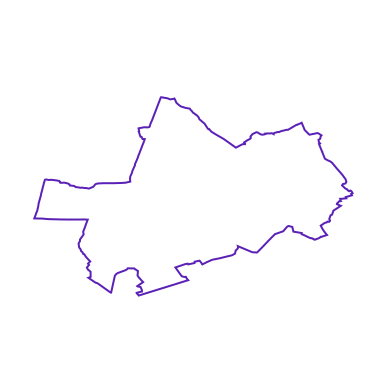 outline of Medzes pag., Grobinas, Latvia, rotated 354°
{"feature_id": "27541924B37027523872355", "entity_name": "Medzes pag.", "entity_type": "district", "adm_level": 2, "iso_a3": "LVA", "parent_name": "Latvia", "parent_adm1": "Grobinas", "projection": "equal_earth", "projection_center": [21.153, 56.615], "detail": "fine", "context": "isolated", "style": "outline", "palette": "violet", "viewbox_px": 384, "rotation_deg": 354, "n_neighbors": 0, "source": "geoboundaries", "source_scale": "gbopen_adm2", "svg_char_len": 5768}
<svg xmlns="http://www.w3.org/2000/svg" viewBox="0 0 384 384"><g transform="rotate(354 192 192)"><path d="M325.5,165.2L323.3,157.5L324.4,157.1L323.3,155.5L323.4,154.8L323.3,153.2L324.0,153.0L324.5,152.7L325.0,152.5L325.1,152.3L325.3,152.0L325.3,151.4L325.9,150.0L326.7,149.2L326.0,148.7L324.4,147.3L323.0,146.5L314.9,147.3L314.1,146.6L310.4,141.9L310.4,141.5L308.3,134.6L305.4,135.6L303.9,135.9L303.7,136.2L302.5,136.3L294.0,140.2L293.6,140.2L292.9,140.0L287.0,140.8L284.7,141.5L284.2,141.4L283.8,141.3L283.6,141.3L280.5,141.8L279.9,142.0L279.6,142.1L279.3,142.4L279.2,143.0L277.6,141.9L275.3,141.9L273.0,141.6L271.8,141.6L272.0,141.8L271.5,142.0L271.0,142.1L269.5,142.3L268.1,142.4L266.4,141.9L265.8,141.5L263.7,139.8L262.6,139.4L262.3,139.3L258.5,140.6L257.9,141.0L257.4,141.6L256.4,142.4L256.0,143.0L255.9,143.2L256.1,143.9L256.1,144.5L255.0,145.4L253.0,146.1L252.9,146.2L252.7,146.3L251.8,146.7L251.6,146.7L251.4,146.8L251.2,147.0L250.8,147.2L250.6,147.5L250.2,147.6L249.0,148.1L249.2,149.4L250.5,150.1L247.7,149.7L246.3,150.1L240.3,152.5L229.2,142.7L228.3,142.0L222.2,137.6L217.6,134.1L215.6,131.2L214.9,131.3L214.0,130.0L211.7,125.4L207.6,121.1L206.9,120.3L206.7,119.8L206.7,119.3L206.4,118.5L205.9,117.7L205.1,116.6L203.8,115.3L203.5,115.3L202.8,114.4L202.3,114.0L201.3,113.2L201.1,113.0L200.7,112.1L200.5,111.8L200.0,111.1L199.4,110.5L199.1,110.0L198.7,109.1L198.6,108.9L195.1,107.9L194.5,107.7L190.2,105.9L189.2,105.2L187.3,103.3L186.0,101.9L185.5,100.8L185.5,100.5L184.3,97.2L183.3,97.4L182.2,97.5L180.0,97.6L177.9,96.5L177.2,96.2L171.6,94.6L170.9,94.6L160.0,116.0L157.7,120.1L156.8,122.3L156.4,122.9L154.6,123.1L151.1,122.6L145.5,123.1L145.8,126.2L145.7,126.5L145.4,126.5L146.5,131.6L147.6,131.9L148.3,134.1L150.3,134.4L150.6,134.5L149.6,136.4L148.9,138.0L147.2,141.1L145.3,144.9L144.4,146.6L143.3,148.9L142.7,149.8L141.6,152.3L140.2,154.9L139.3,156.4L138.2,158.4L138.1,159.3L137.4,160.6L135.1,164.5L134.0,167.2L132.6,169.5L132.3,170.0L132.0,171.1L131.8,172.2L131.8,172.9L131.6,173.5L131.7,175.2L127.0,175.8L126.4,175.8L122.1,175.6L113.2,174.9L104.8,174.0L101.6,173.8L98.9,173.7L97.0,174.1L96.6,174.3L94.4,176.5L90.7,177.6L89.8,177.8L88.7,177.5L88.0,177.2L87.5,177.1L85.0,176.7L84.3,176.5L83.4,176.2L82.9,176.1L81.6,176.2L81.3,176.1L79.8,175.6L77.2,175.0L76.9,175.0L75.8,174.0L75.6,173.7L73.4,173.2L71.1,172.7L71.1,172.1L71.0,171.8L71.0,171.7L69.9,170.9L69.3,170.5L68.5,170.2L67.9,170.0L66.7,169.6L66.1,169.4L65.3,169.3L63.0,169.2L62.6,169.1L62.3,169.1L62.1,168.9L62.0,168.5L61.6,168.5L61.5,167.6L61.3,167.3L61.2,167.1L60.4,167.0L59.1,166.5L53.6,165.2L52.9,165.1L52.0,165.2L50.6,165.0L48.4,164.3L47.6,164.2L47.4,164.1L47.4,163.8L46.6,165.4L46.4,166.1L45.6,167.7L45.3,168.7L44.8,170.0L44.7,170.4L44.4,170.9L43.7,172.9L43.3,174.2L42.4,176.4L41.9,177.7L41.5,179.2L41.3,179.6L41.1,180.3L40.5,181.7L38.5,186.8L38.3,187.4L37.5,190.4L37.1,191.7L36.9,192.0L36.8,192.6L36.5,193.0L36.3,194.1L36.1,194.5L35.7,195.3L35.1,196.2L34.7,197.2L34.4,197.8L32.4,201.8L40.4,202.8L45.9,203.9L59.5,205.7L74.8,207.4L81.6,208.0L85.4,208.6L82.9,213.5L81.9,215.8L80.6,218.2L79.6,220.2L79.8,222.8L79.0,223.8L75.6,227.6L75.5,229.0L73.8,231.4L74.0,235.5L75.3,237.4L75.4,239.0L76.8,240.5L77.4,242.3L78.4,242.7L79.6,245.2L81.4,247.7L83.5,250.4L81.1,252.4L82.0,253.8L79.5,256.2L80.4,258.2L82.8,260.7L82.3,265.9L80.0,266.5L86.6,272.1L88.4,272.8L92.3,276.2L100.4,283.4L101.0,283.6L101.2,283.2L103.4,276.6L105.9,269.1L106.5,267.4L106.7,267.0L107.1,266.6L107.6,266.1L108.6,265.4L109.4,265.0L109.9,264.8L111.8,264.3L117.8,262.8L118.9,262.3L119.3,262.0L120.0,261.4L120.1,261.2L125.1,261.8L125.4,261.9L125.9,261.9L126.3,261.9L126.6,262.0L127.0,262.5L130.0,265.0L129.1,269.3L130.4,271.8L131.3,272.9L132.5,274.6L134.0,276.5L127.7,279.9L128.0,280.2L130.9,281.1L131.9,284.2L131.9,285.7L126.4,286.5L126.5,287.0L128.1,289.0L128.2,289.4L128.3,289.4L150.3,285.0L165.1,282.1L170.4,281.0L179.0,279.3L177.9,277.8L177.4,276.8L177.0,275.7L175.9,275.8L173.1,274.8L173.0,274.7L170.9,271.1L169.6,268.8L167.6,265.3L177.8,263.0L180.2,262.8L180.6,263.6L187.1,262.9L187.4,261.6L192.3,261.1L192.6,261.4L194.2,264.0L194.4,264.7L194.7,265.1L199.7,263.2L199.8,263.2L205.1,261.5L213.6,260.7L216.2,260.3L225.2,259.1L228.3,257.8L228.3,257.7L228.5,257.1L229.2,255.3L229.3,254.7L230.2,254.2L231.8,252.7L232.1,251.2L232.0,250.7L245.7,258.2L250.3,259.0L251.7,257.9L256.9,253.6L262.4,248.9L266.4,245.6L269.0,243.5L270.1,242.6L278.6,240.6L282.4,237.0L283.2,236.3L284.5,235.9L288.1,237.2L288.7,242.0L294.0,243.5L296.8,244.3L296.5,245.1L296.6,245.3L299.4,246.9L303.6,249.5L304.8,250.2L305.1,250.3L305.7,250.3L306.0,250.5L306.3,250.5L306.7,250.8L306.9,251.0L307.5,251.1L307.7,251.4L308.2,251.6L308.3,251.9L308.6,252.0L309.2,252.3L309.4,252.2L309.7,252.1L310.2,252.1L310.4,251.9L311.4,251.7L312.1,251.5L313.1,251.3L313.7,251.0L314.8,250.4L314.8,250.5L317.8,249.7L321.8,248.9L319.8,245.9L318.7,243.9L317.6,241.6L316.5,238.9L319.0,237.6L319.8,237.1L320.9,236.6L321.2,236.5L322.4,236.4L322.7,236.4L323.6,235.6L323.8,235.6L325.3,236.0L325.7,235.6L326.3,235.0L326.3,234.7L325.7,233.5L325.8,233.1L325.9,232.6L326.5,231.6L326.6,231.3L327.3,229.8L327.5,229.6L329.0,229.1L330.7,225.3L334.7,223.3L338.5,221.3L334.8,219.2L335.0,218.6L335.2,218.4L335.5,218.3L335.9,217.9L336.1,217.8L336.2,217.7L336.8,217.1L337.3,216.7L337.8,216.5L338.4,216.7L338.7,216.7L339.0,216.6L338.8,216.4L338.8,214.6L338.7,214.3L339.5,214.4L344.8,214.4L344.4,213.1L350.7,212.0L350.1,210.6L351.6,210.0L350.9,208.3L350.4,207.7L350.0,207.3L349.5,207.1L348.5,207.7L348.3,207.6L346.9,206.4L346.7,205.7L344.9,204.6L341.9,201.1L342.9,199.9L345.5,199.6L346.6,198.0L346.1,195.7L345.9,194.9L345.2,193.9L343.3,190.6L338.5,183.8L334.4,177.6L332.8,176.1L330.0,174.5L327.6,172.7L327.1,170.8L325.6,165.6L325.7,165.4L325.5,165.2Z" fill="none" stroke="#5b21b6" stroke-width="2"/></g></svg>